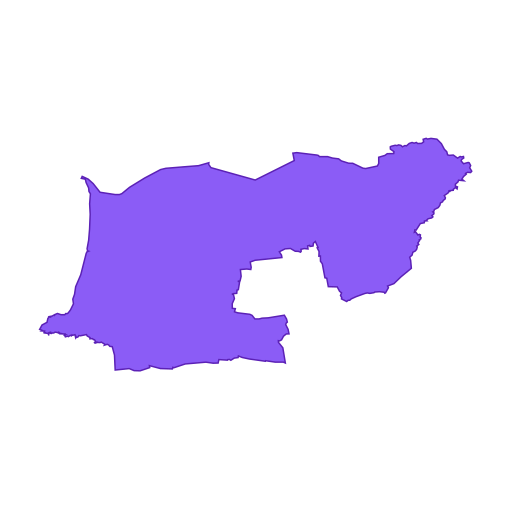 Drogheda Rural Lea-4, Louth, Ireland, rotated 177°
{"feature_id": "5873133B41163047838310", "entity_name": "Drogheda Rural Lea-4", "entity_type": "district", "adm_level": 2, "iso_a3": "IRL", "parent_name": "Ireland", "parent_adm1": "Louth", "projection": "equal_earth", "projection_center": [-6.354, 53.766], "detail": "fine", "context": "isolated", "style": "filled", "palette": "violet", "viewbox_px": 512, "rotation_deg": 177, "n_neighbors": 0, "source": "geoboundaries", "source_scale": "gbopen_adm2", "svg_char_len": 4566}
<svg xmlns="http://www.w3.org/2000/svg" viewBox="0 0 512 512"><g transform="rotate(177 256 256)"><path d="M91.8,263.0L92.1,263.6L90.5,264.5L90.3,265.7L91.1,266.4L90.7,268.5L91.8,269.1L93.2,268.5L95.4,271.8L96.6,271.4L95.9,273.8L94.7,273.5L90.2,279.8L86.2,280.4L86.0,282.1L83.5,282.2L84.0,282.7L82.1,284.2L78.6,284.8L77.3,285.8L78.3,287.2L76.3,288.6L76.0,289.7L77.1,290.8L76.2,291.1L75.4,293.1L71.5,294.8L69.8,296.9L69.0,299.4L66.9,300.3L66.1,301.7L64.2,303.0L63.8,304.2L64.8,306.5L60.8,309.0L60.2,310.1L59.2,310.3L59.6,311.1L55.6,311.3L55.5,312.2L53.2,313.9L51.7,312.5L51.2,314.5L53.2,315.3L53.1,317.3L50.4,319.4L49.8,321.1L44.5,320.3L46.4,322.0L44.6,324.5L41.8,326.7L42.4,327.5L40.4,328.5L37.3,328.1L36.1,329.4L38.0,332.9L36.9,335.1L38.2,337.9L39.2,338.3L43.9,337.3L46.2,340.2L45.6,341.6L43.4,343.0L43.6,344.5L45.9,344.2L46.9,344.7L49.6,343.2L53.7,346.5L57.7,346.4L59.4,347.0L60.0,350.1L62.3,352.7L65.0,358.5L69.2,363.2L75.1,364.3L78.7,363.8L79.9,364.6L83.0,363.8L82.6,361.2L84.8,359.8L88.7,359.9L89.9,361.0L92.2,360.4L94.2,361.2L97.1,360.4L100.0,358.1L101.5,358.5L104.1,357.4L105.5,358.9L107.8,359.5L109.5,358.9L111.2,359.3L115.3,358.5L116.2,358.0L116.2,355.7L112.8,353.0L113.1,351.1L119.6,351.3L122.0,349.7L128.3,348.2L128.6,342.0L130.1,339.5L141.9,337.6L144.6,338.1L154.5,343.5L158.6,343.8L165.8,346.5L168.4,348.7L174.5,349.8L179.3,351.5L187.4,351.9L188.4,353.1L189.8,353.6L209.9,357.1L213.8,356.8L212.8,349.3L252.8,331.9L296.4,346.6L298.5,350.0L298.2,351.6L308.7,349.2L320.8,348.9L341.4,348.3L346.8,347.3L363.1,339.7L378.7,331.2L386.7,325.3L389.2,324.5L393.3,324.7L408.4,327.8L414.8,336.8L419.5,341.5L425.4,344.6L426.4,342.7L422.4,341.6L421.8,338.2L419.6,332.8L419.4,329.1L418.1,326.8L419.4,316.9L419.4,306.3L420.8,291.6L422.3,280.5L424.3,272.2L424.0,270.0L423.0,269.6L424.5,269.1L425.4,267.6L432.0,246.4L437.7,234.8L439.2,227.3L441.2,222.5L440.8,217.8L444.2,211.7L446.7,208.8L447.8,208.3L449.0,208.5L450.0,207.4L453.8,207.6L457.3,209.0L459.8,208.1L460.2,207.4L460.5,207.8L462.7,206.7L465.6,206.3L465.2,205.9L465.9,206.0L467.1,204.5L468.2,200.7L473.3,198.3L475.9,194.0L473.3,193.0L474.2,193.0L473.5,192.7L474.0,192.4L471.1,192.1L471.6,191.0L471.0,190.9L471.7,190.7L470.9,190.6L471.2,190.2L467.7,189.6L467.0,187.5L467.2,189.5L466.3,189.9L467.4,190.2L464.4,190.8L466.0,189.8L464.5,189.3L463.4,189.8L462.0,189.7L460.6,190.5L457.9,189.9L457.0,190.3L456.5,189.6L455.8,189.7L456.5,189.2L454.7,188.8L455.1,188.5L450.9,188.1L451.5,187.2L450.6,187.2L451.3,186.8L450.6,185.6L451.2,185.1L448.4,185.8L447.6,185.3L445.5,186.5L444.6,185.9L443.9,186.9L443.3,186.4L440.9,186.9L440.4,183.9L439.9,184.8L439.5,184.0L438.0,184.5L437.0,185.8L435.6,185.5L429.4,186.4L428.8,185.0L426.0,183.2L426.2,182.0L423.5,182.0L422.8,181.0L421.7,180.9L420.5,178.8L422.4,177.8L420.8,178.0L421.7,177.3L418.9,178.0L416.3,177.7L415.0,178.1L411.5,175.7L412.0,174.9L409.2,175.6L407.8,174.9L406.7,173.4L404.3,173.0L402.5,164.5L402.6,149.5L388.5,150.2L383.7,147.9L377.8,147.4L368.0,150.1L368.2,152.1L357.3,148.6L345.4,147.6L344.8,149.2L343.9,148.7L332.3,151.9L311.6,152.6L304.4,151.2L299.4,151.1L298.5,154.5L290.0,153.5L289.8,154.0L287.9,154.1L286.6,153.2L283.0,155.2L279.2,155.5L278.8,157.1L275.1,155.4L268.1,153.5L252.1,150.4L251.8,150.9L242.3,149.0L234.3,148.6L232.3,147.6L234.0,162.9L238.1,168.6L238.1,170.3L236.9,170.0L234.9,170.9L232.7,174.5L229.8,176.6L227.1,176.5L227.8,181.1L229.9,185.9L229.4,187.4L228.2,188.3L228.8,191.5L230.8,195.4L247.1,193.6L253.2,193.6L256.1,193.0L260.4,193.2L263.0,196.9L265.2,198.1L277.2,200.2L280.4,201.4L279.4,204.5L282.4,205.0L282.2,209.7L279.8,214.5L280.6,219.0L282.1,219.0L280.7,219.6L277.2,219.7L276.7,223.0L275.4,223.3L273.7,231.1L275.5,231.7L273.2,232.0L271.9,236.5L272.3,243.3L265.9,243.5L261.9,242.8L261.4,245.0L262.1,250.3L257.1,251.8L230.2,253.1L230.5,255.6L232.5,259.0L226.6,261.6L221.2,261.7L216.6,258.7L213.4,258.4L211.3,257.5L210.6,258.4L210.8,260.3L207.5,260.9L203.7,260.3L203.9,263.4L201.9,263.8L201.5,262.7L198.5,263.0L198.0,265.8L196.0,267.4L193.6,261.3L194.5,261.0L192.8,257.2L193.2,252.5L191.7,252.6L191.9,247.4L190.2,244.8L188.3,230.6L186.5,230.1L185.4,221.6L176.5,220.9L174.4,216.4L172.5,214.7L173.7,212.2L172.6,210.1L172.9,208.7L167.8,205.8L166.4,206.9L164.7,206.9L163.1,208.2L158.3,210.1L149.2,212.9L146.8,213.3L144.3,212.7L140.1,213.2L139.2,213.8L134.5,213.9L129.9,213.1L129.3,212.1L128.6,212.4L125.4,217.4L126.2,219.1L119.7,221.2L112.2,227.7L101.5,235.6L101.8,243.6L102.6,246.7L100.1,248.7L99.2,251.5L96.6,252.7L95.2,254.3L94.5,256.6L95.0,257.5L92.8,259.0L93.7,260.5L91.8,263.0Z" fill="#8b5cf6" stroke="#5b21b6" stroke-width="1.5"/></g></svg>